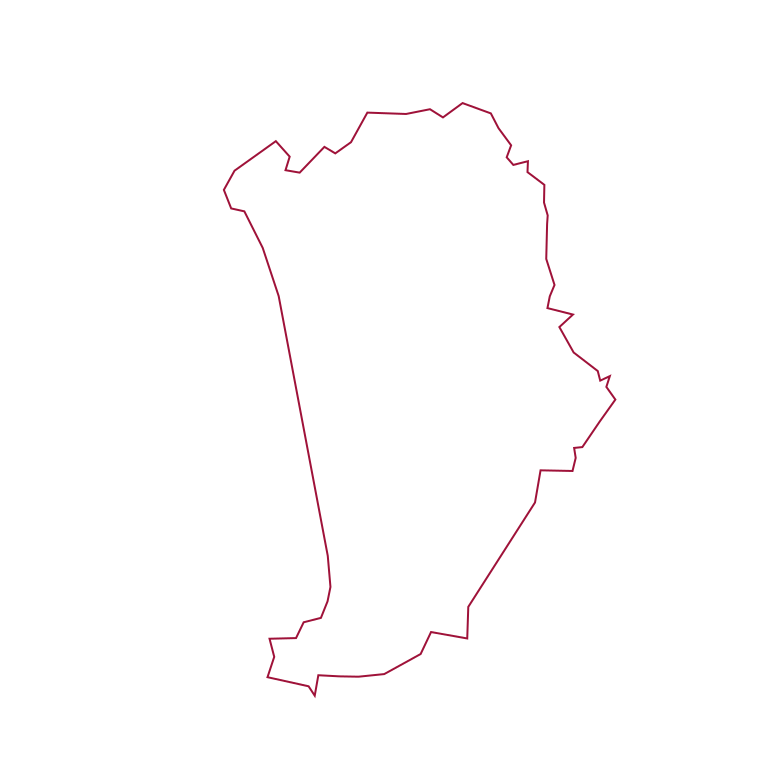 the district of Kato Pyrgos, Nicosia, Cyprus, rotated 245°
{"feature_id": "46923920B71090435504191", "entity_name": "Kato Pyrgos", "entity_type": "district", "adm_level": 2, "iso_a3": "CYP", "parent_name": "Cyprus", "parent_adm1": "Nicosia", "projection": "natural_earth1", "projection_center": [32.685, 35.18], "detail": "fine", "context": "isolated", "style": "outline", "palette": "rose", "viewbox_px": 768, "rotation_deg": 245, "n_neighbors": 0, "source": "geoboundaries", "source_scale": "gbopen_adm2", "svg_char_len": 982}
<svg xmlns="http://www.w3.org/2000/svg" viewBox="0 0 768 768"><g transform="rotate(245 384 384)"><path d="M225.5,518.1L236.0,526.5L245.7,529.3L243.0,537.1L258.9,563.8L272.1,587.1L287.4,584.3L295.7,592.0L295.7,581.4L305.4,583.2L332.4,569.2L361.5,567.0L367.1,584.6L383.7,564.2L393.4,571.3L401.7,580.4L428.8,583.9L460.0,599.4L467.6,603.6L480.8,605.7L496.7,613.5L515.4,603.6L525.1,608.6L527.9,593.8L537.6,591.0L546.6,600.1L567.4,595.9L584.1,595.2L605.4,573.9L600.7,550.1L613.6,541.8L619.4,518.1L637.0,483.6L617.1,456.3L613.6,437.3L624.1,430.2L611.2,396.9L619.4,385.1L629.9,394.6L649.8,388.6L640.5,338.7L627.6,320.9L607.7,319.7L599.5,330.4L558.6,331.6L508.2,325.7L252.0,260.4L222.7,249.7L210.9,241.0L198.7,228.0L202.0,210.5L190.9,196.9L201.5,172.6L183.1,169.2L167.5,154.5L141.9,187.9L130.8,189.5L147.8,201.4L137.9,220.0L129.5,237.2L121.0,261.6L123.8,303.1L139.3,321.8L118.2,351.9L146.4,366.2L212.8,470.8L239.6,489.4L225.5,518.1Z" fill="none" stroke="#9f1239" stroke-width="2"/></g></svg>